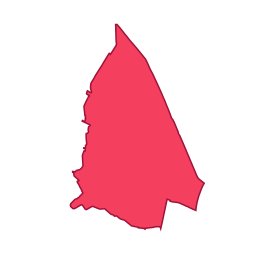 the district of Tan Binh, Hồ Chí Minh city, Vietnam, rotated 172°
{"feature_id": "81297802B72151759297882", "entity_name": "Tan Binh", "entity_type": "district", "adm_level": 2, "iso_a3": "VNM", "parent_name": "Vietnam", "parent_adm1": "Hồ Chí Minh city", "projection": "robinson", "projection_center": [106.659, 10.803], "detail": "fine", "context": "isolated", "style": "filled", "palette": "rose", "viewbox_px": 256, "rotation_deg": 172, "n_neighbors": 0, "source": "geoboundaries", "source_scale": "gbopen_adm2", "svg_char_len": 3262}
<svg xmlns="http://www.w3.org/2000/svg" viewBox="0 0 256 256"><g transform="rotate(172 128 128)"><path d="M72.3,36.9L71.3,40.8L69.8,45.2L67.5,50.6L64.4,56.4L62.7,59.3L62.2,60.1L60.2,62.7L64.1,66.8L64.7,67.5L65.3,68.2L65.8,69.2L66.5,71.1L67.7,75.6L69.0,80.5L72.9,95.1L74.9,102.8L76.9,110.0L77.9,113.6L78.8,115.2L78.8,116.7L78.9,117.3L81.2,126.2L81.9,128.4L82.1,129.0L82.3,129.5L82.6,130.3L83.0,131.0L83.6,132.0L84.1,134.8L85.3,139.9L86.9,146.1L87.9,150.3L88.2,151.3L90.6,160.0L93.0,168.2L95.1,175.0L95.7,177.2L96.9,180.5L97.9,183.2L98.1,183.9L99.1,187.6L100.4,191.9L101.2,194.0L101.5,194.5L102.7,196.5L105.6,201.3L108.7,206.4L110.9,209.8L113.1,213.2L114.0,214.6L114.4,215.3L116.2,218.4L117.9,221.2L119.7,224.3L121.9,228.0L123.7,230.9L124.5,232.1L125.9,232.2L126.0,230.5L126.5,226.1L126.6,225.5L126.9,222.4L127.5,217.4L127.6,216.1L127.8,212.6L128.0,212.0L128.2,211.4L128.4,211.3L130.3,209.0L134.1,204.5L135.1,203.5L135.2,204.0L135.4,204.2L135.6,204.4L135.9,204.5L136.3,204.5L143.0,196.4L145.7,192.9L146.5,192.1L148.4,189.9L152.8,184.7L154.5,182.3L158.4,177.6L158.9,175.8L159.0,175.6L159.5,173.1L159.5,171.7L159.1,168.8L159.1,168.5L159.7,168.0L161.8,169.6L162.8,170.5L163.4,170.0L163.5,169.8L163.8,169.2L164.1,168.2L164.3,167.7L164.1,167.3L163.1,166.4L162.5,166.0L162.0,165.9L161.8,165.2L162.2,165.2L162.4,165.0L164.1,162.6L165.9,160.0L168.6,155.7L168.7,154.0L168.9,147.6L168.9,145.9L168.5,145.8L168.7,143.2L169.0,143.3L169.2,142.0L169.6,140.8L169.8,140.7L170.1,140.5L172.1,141.8L172.4,141.1L170.5,139.9L167.2,137.7L166.5,137.3L166.1,137.0L165.0,136.2L165.2,135.6L165.3,135.5L165.9,135.2L166.6,134.9L167.0,134.3L167.2,133.8L167.8,131.3L167.7,130.4L167.5,129.9L168.0,129.1L169.0,128.4L169.5,128.3L170.1,128.4L170.3,127.8L170.4,127.1L170.6,126.2L170.7,125.0L170.8,124.2L170.9,122.7L171.0,120.2L171.1,118.9L171.2,117.4L171.7,117.1L172.3,116.8L172.5,116.7L172.6,115.6L172.7,114.4L174.6,114.5L174.7,114.0L174.3,113.9L173.4,113.8L173.5,111.3L174.2,111.3L174.8,111.4L177.0,107.2L177.5,101.2L177.8,97.0L179.1,95.2L180.3,94.2L181.7,93.5L183.7,93.3L184.9,93.2L185.5,92.8L186.2,92.0L188.9,92.7L189.0,91.8L188.6,91.6L188.0,91.1L188.1,90.3L188.1,89.0L188.0,88.3L187.9,87.8L187.1,86.9L185.0,84.4L184.2,83.4L183.9,83.0L185.6,82.3L185.8,82.0L185.4,81.1L185.6,81.0L184.2,77.8L184.1,76.8L183.3,74.9L182.4,72.4L182.6,72.2L181.7,69.8L183.3,68.7L185.8,66.6L186.9,65.8L187.1,65.9L188.1,65.2L188.8,65.1L189.9,64.8L190.8,64.5L192.0,63.5L193.7,62.2L195.1,61.1L195.8,59.8L195.7,58.2L193.8,55.9L192.8,55.6L191.9,55.7L185.2,58.4L184.7,58.4L184.2,58.2L183.8,57.8L183.0,56.2L181.7,53.6L181.2,53.2L180.8,53.0L180.1,53.1L174.6,55.3L174.2,55.4L173.8,55.3L172.0,54.3L168.4,52.2L167.4,51.7L166.2,51.5L162.9,51.3L162.4,51.3L161.6,50.4L157.2,45.3L156.5,44.7L155.5,44.4L155.0,44.1L154.6,43.7L154.1,43.1L153.9,42.8L153.7,42.6L153.2,42.5L152.6,42.5L151.8,42.5L151.3,42.4L149.0,39.7L147.8,38.8L144.3,37.2L143.6,36.5L138.4,30.8L137.9,30.5L131.5,28.2L131.6,27.7L127.8,26.8L125.6,26.3L125.7,25.7L125.1,25.5L125.0,26.3L117.0,26.1L114.2,26.4L110.6,25.9L109.8,25.1L109.6,23.8L107.7,28.7L104.1,38.6L99.2,52.0L96.2,50.5L96.5,49.7L94.9,48.9L93.3,48.4L92.5,48.3L88.7,47.1L87.6,46.6L84.5,44.7L81.5,42.7L80.3,42.1L76.4,39.4L76.2,39.3L73.2,37.5L72.3,36.9Z" fill="#f43f5e" stroke="#9f1239" stroke-width="1.5"/></g></svg>